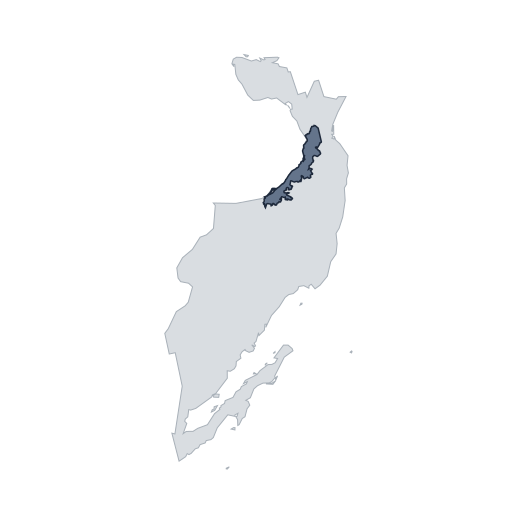 Mexico, with Veracruz highlighted, rotated 254°
{"feature_id": "MEX-2734", "entity_name": "Veracruz", "entity_type": "State", "adm_level": 1, "iso_a3": "MEX", "parent_name": "Mexico", "parent_adm1": "", "projection": "albers", "projection_center": [-96.92, 19.815], "detail": "fine", "context": "in_parent", "style": "filled", "palette": "slate", "viewbox_px": 512, "rotation_deg": 254, "n_neighbors": 0, "source": "natural_earth", "source_scale": "10m", "svg_char_len": 9570}
<svg xmlns="http://www.w3.org/2000/svg" viewBox="0 0 512 512"><g transform="rotate(254 256 256)"><path d="M80.0,125.5L108.9,126.3L107.3,129.0L151.2,149.2L185.3,151.7L185.7,145.6L206.8,147.0L210.3,151.6L224.5,164.1L227.6,174.1L230.2,178.1L243.8,186.5L248.4,183.7L252.1,176.5L256.3,175.0L266.4,176.6L274.6,184.9L279.9,196.7L289.5,207.5L290.0,214.3L294.2,222.7L315.8,230.8L318.7,229.6L312.1,251.2L309.7,277.2L310.7,282.8L316.4,290.3L315.2,294.3L315.6,290.2L310.8,283.9L312.3,289.7L318.1,302.0L327.6,313.7L329.8,321.0L336.5,328.4L334.6,328.2L338.5,330.0L337.2,328.9L344.3,329.8L349.4,332.3L353.9,337.1L365.7,333.2L374.5,332.5L380.2,329.5L386.3,328.8L387.6,329.8L387.2,331.3L392.2,332.2L395.5,329.7L394.5,325.9L392.9,326.9L393.3,326.1L402.2,319.4L402.6,314.2L405.1,311.1L404.8,302.6L406.3,296.3L413.0,292.4L425.0,289.9L430.2,287.5L436.1,286.7L446.0,288.4L446.7,286.9L444.1,287.0L447.4,285.8L451.5,288.4L452.4,292.1L450.7,297.2L444.7,305.3L444.7,310.4L441.7,313.7L442.3,314.8L445.2,314.2L442.3,317.6L442.4,318.9L444.4,318.4L441.2,331.4L440.2,332.7L438.0,329.9L437.3,325.0L434.6,330.2L431.7,330.7L428.3,337.5L424.0,337.7L423.7,339.8L399.6,340.8L399.9,348.6L394.4,348.7L407.9,360.2L407.7,364.6L390.5,365.2L384.6,376.4L386.4,379.1L384.5,386.5L371.7,374.3L361.5,366.2L355.4,363.1L354.7,363.9L360.4,366.7L351.6,364.3L352.1,362.3L349.8,363.1L348.4,361.3L346.8,363.3L349.7,364.2L345.3,364.7L340.9,367.5L327.0,372.1L318.0,368.5L310.4,367.7L305.3,364.4L300.2,363.0L297.1,359.7L284.8,357.0L269.6,350.1L259.8,343.6L255.7,339.2L245.5,337.4L235.9,333.5L230.0,326.3L216.9,319.0L210.3,309.5L208.2,303.7L213.6,301.3L212.8,298.8L210.5,297.9L214.3,293.8L214.9,288.7L212.1,286.8L209.6,281.5L209.9,276.9L208.2,272.6L200.8,264.3L194.6,254.5L184.7,245.7L187.6,247.4L187.9,245.7L182.4,243.6L178.7,236.9L181.6,237.3L173.8,232.4L172.8,230.2L169.7,230.8L169.3,229.8L171.8,227.4L167.7,229.1L165.5,227.1L165.3,222.8L168.4,219.3L169.4,220.1L167.7,216.1L165.3,213.5L161.9,213.3L160.0,208.0L155.9,206.5L153.6,204.1L152.3,199.5L153.6,196.7L146.4,194.7L134.9,179.3L134.5,175.8L132.7,174.5L126.1,156.1L125.9,150.7L126.9,149.0L120.2,146.1L118.8,143.1L116.7,141.9L114.1,143.3L105.3,137.0L106.6,140.6L104.8,147.1L106.4,152.6L107.2,162.8L115.9,172.7L118.5,179.0L119.9,178.8L120.5,180.7L121.9,181.1L122.9,185.1L125.5,186.5L126.4,194.9L131.0,199.4L132.3,204.2L134.5,205.9L135.7,211.5L137.6,213.0L136.8,208.8L139.4,211.4L141.8,224.3L144.7,228.2L148.3,237.6L147.4,241.4L148.1,244.9L151.5,248.5L153.1,245.2L162.8,257.9L161.5,262.3L157.1,265.2L154.7,265.4L151.0,255.3L135.4,240.8L133.9,240.9L130.9,236.5L130.4,233.6L131.9,227.6L130.9,221.7L128.8,217.3L121.3,211.5L120.1,206.4L118.4,208.4L114.3,208.9L111.6,205.3L104.5,201.1L103.6,198.0L98.5,193.3L98.1,191.8L103.8,193.2L107.2,192.3L107.1,193.6L109.8,195.3L109.0,191.9L107.7,191.5L111.1,185.1L101.5,171.4L93.2,164.9L91.9,162.0L92.3,157.3L90.3,155.6L90.1,150.3L87.5,147.7L87.4,144.5L84.1,139.2L83.6,136.8L85.0,135.4L82.5,133.1L80.0,125.5ZM134.4,179.4L133.2,182.5L130.4,181.2L132.0,176.4L133.7,176.1L134.4,179.4ZM122.8,177.7L119.0,173.8L118.3,170.1L120.2,171.5L120.5,173.5L122.6,174.2L122.8,177.7ZM450.9,303.9L449.8,302.9L450.2,301.4L452.9,300.0L450.9,303.9ZM130.7,240.5L128.0,236.9L130.3,230.3L129.3,236.3L130.7,240.5ZM96.8,188.5L94.6,187.8L96.5,184.4L97.2,187.1L96.8,188.5ZM60.7,172.2L59.1,169.7L59.6,168.7L60.2,168.9L60.7,172.2ZM133.2,240.9L134.8,243.7L131.2,240.8L133.2,240.9ZM198.3,286.2L197.9,287.3L197.0,286.8L196.6,284.8L198.3,286.2ZM149.6,235.3L150.2,237.4L148.4,234.6L149.6,235.3ZM143.4,221.0L144.5,222.0L142.7,223.7L143.4,221.0ZM138.4,321.8L137.6,322.0L136.5,321.1L137.6,320.0L138.4,321.8ZM390.5,328.7L388.4,329.3L392.0,328.0L390.5,328.7ZM158.8,247.9L157.8,247.6L157.7,245.6L158.8,247.9Z" fill="#d9dde1" stroke="#a8b0b8" stroke-width="1"/><path d="M310.5,280.5L310.6,282.4L310.7,282.9L312.7,286.5L314.0,288.1L315.0,288.9L315.2,289.1L316.1,289.7L316.4,290.3L316.4,290.9L316.0,292.3L315.4,293.4L315.2,294.3L314.9,293.3L314.4,292.0L315.1,291.5L315.3,291.4L315.5,291.5L315.7,291.1L315.7,290.6L315.6,290.4L314.2,289.3L314.0,288.9L313.4,288.2L312.8,287.3L312.5,287.1L312.0,285.5L311.7,285.3L310.5,282.9L310.5,283.2L311.3,284.9L311.4,286.6L311.7,287.5L311.8,288.7L312.0,289.3L313.1,291.1L313.3,291.4L313.7,291.5L314.1,291.3L314.0,292.3L314.1,292.5L315.0,294.5L315.3,294.7L315.4,295.2L316.1,297.3L317.9,300.7L318.2,301.4L317.9,301.7L318.5,303.0L320.0,304.8L321.3,305.7L321.5,306.3L321.6,306.5L322.9,307.9L323.9,308.9L324.2,309.4L324.7,309.7L325.1,310.5L326.0,311.6L326.9,312.9L327.6,313.7L328.2,315.5L328.4,316.7L328.8,318.3L329.4,319.1L329.5,319.4L329.3,319.7L329.4,319.9L329.7,321.2L329.9,321.4L331.5,322.6L331.8,322.5L332.4,324.2L332.7,324.7L333.0,324.8L333.8,324.9L334.3,326.6L334.8,327.4L335.6,328.0L336.4,328.2L336.8,328.5L336.8,329.0L335.9,328.3L335.1,328.1L334.7,327.6L334.4,327.6L334.1,327.7L334.4,328.0L335.1,328.3L335.2,328.5L336.1,329.2L336.1,329.3L335.9,329.3L335.3,329.1L335.2,329.2L335.4,329.6L335.5,329.7L335.9,329.6L336.2,329.5L336.3,329.3L336.5,329.3L338.2,329.7L339.0,330.3L339.2,330.1L338.7,329.8L337.8,329.5L337.1,329.1L337.1,328.5L338.0,329.2L339.0,329.6L340.2,329.7L344.2,329.7L346.0,331.0L346.4,331.7L346.7,331.8L349.2,332.2L349.5,332.4L350.4,334.2L351.6,335.5L352.3,336.8L352.8,337.1L353.8,337.4L354.8,337.2L355.3,337.0L357.2,336.7L358.1,336.4L358.3,337.0L358.6,337.1L358.7,337.8L358.9,338.1L358.7,338.3L359.0,338.6L359.0,339.1L359.3,339.4L359.0,340.0L359.0,340.9L359.2,341.1L359.5,341.1L359.7,341.4L360.4,341.6L360.7,341.9L360.8,342.6L361.3,342.8L361.8,342.8L362.0,343.3L362.8,343.4L363.5,343.8L363.9,344.3L364.4,344.9L365.0,345.2L365.1,345.5L364.8,347.2L364.9,347.5L365.1,347.6L365.5,347.8L365.1,348.6L364.9,348.9L361.8,351.0L347.7,350.3L347.3,350.0L347.0,349.1L347.2,348.9L347.1,348.6L346.9,348.3L345.9,347.9L343.5,345.3L343.7,344.6L344.1,344.4L344.2,343.5L344.1,343.2L343.7,343.2L343.6,343.3L343.7,343.6L343.2,343.4L342.8,344.0L342.1,344.2L342.0,344.5L341.2,344.6L340.9,344.7L340.6,345.2L340.2,345.3L339.5,345.7L339.5,346.0L339.1,346.0L338.9,346.2L338.1,346.1L337.3,346.4L336.7,346.3L336.3,346.0L334.9,342.9L334.8,342.6L335.0,342.0L336.0,340.9L336.3,340.3L336.6,339.6L336.0,338.3L335.8,337.9L334.1,337.3L333.7,337.4L332.5,337.2L332.2,337.6L331.8,337.6L331.5,337.5L331.4,337.4L331.4,337.1L330.9,337.0L330.6,336.8L330.3,335.7L330.2,335.5L329.9,335.1L329.3,334.7L328.9,334.2L328.6,333.7L328.2,332.1L328.0,331.9L327.7,331.8L326.2,331.4L325.8,331.1L324.9,330.4L325.2,331.7L325.3,332.2L325.1,332.6L324.9,333.0L324.0,333.9L323.3,333.0L323.2,332.3L323.1,332.0L320.8,332.5L319.9,333.0L319.7,332.9L319.3,333.0L319.2,332.9L319.0,332.7L319.3,332.0L319.2,331.8L318.9,331.4L318.8,330.9L318.7,330.6L318.0,330.4L317.7,330.3L316.9,330.5L316.5,330.3L316.2,329.6L316.0,328.8L316.1,328.4L316.6,328.0L316.8,327.6L317.5,327.3L317.0,324.3L316.9,323.9L317.0,323.6L317.6,323.4L318.3,323.1L319.1,323.3L319.4,322.9L319.7,322.9L320.0,322.8L320.7,321.9L320.6,321.7L319.8,321.4L319.6,321.4L319.0,321.6L318.3,321.3L317.8,321.2L317.5,321.1L317.0,320.2L316.3,320.4L316.0,320.0L315.4,319.9L315.2,319.6L315.3,319.5L316.0,319.5L316.2,319.3L316.3,319.1L316.2,318.9L315.8,318.5L315.8,318.2L315.4,317.8L315.5,316.8L315.6,316.6L315.9,316.6L316.3,316.2L316.5,315.4L316.6,314.6L316.5,313.4L317.2,312.2L318.5,310.8L318.7,310.2L318.5,309.9L317.4,309.5L316.6,309.1L315.5,308.4L315.3,308.3L314.4,308.6L314.1,309.2L313.7,309.7L313.4,310.1L313.0,310.3L312.8,310.1L312.6,309.3L312.4,309.3L311.7,309.4L311.2,308.6L310.4,308.1L310.4,307.9L310.6,307.3L310.5,307.0L310.5,306.4L310.4,306.0L310.5,305.8L311.1,305.8L311.5,305.5L312.0,306.1L312.4,306.1L313.3,304.9L313.2,304.6L312.9,303.9L312.1,303.5L311.4,303.6L311.1,303.5L311.2,303.3L311.4,303.0L310.9,302.0L310.9,301.1L310.4,300.6L309.6,300.6L309.2,300.5L308.9,300.7L308.9,301.4L308.5,301.6L308.4,301.8L308.3,302.3L308.0,302.5L308.2,303.0L308.2,304.0L308.0,304.7L307.5,305.2L307.2,304.6L307.2,304.4L307.5,303.9L307.5,303.6L307.3,303.3L307.3,302.7L307.1,302.6L306.8,302.6L306.5,302.2L306.1,302.4L305.7,302.8L304.9,303.8L303.2,305.8L302.6,305.4L302.5,305.6L302.2,306.2L301.9,306.7L301.4,306.9L301.0,306.8L300.6,305.9L300.2,305.3L300.1,305.0L300.6,304.5L300.8,303.5L301.0,303.2L301.9,302.5L302.1,302.0L302.2,301.5L301.5,301.7L301.3,301.7L301.2,301.6L301.2,301.4L301.3,301.2L302.1,300.9L302.2,300.4L302.0,300.0L302.1,299.8L302.5,299.7L302.8,299.8L304.2,300.4L304.6,300.4L304.5,299.3L304.6,298.9L305.4,297.8L305.6,297.7L305.9,297.0L305.8,296.9L305.5,296.7L305.4,296.5L305.1,296.3L304.9,295.9L304.4,296.3L304.0,296.3L303.9,296.0L304.2,295.3L304.1,294.7L303.9,294.6L303.8,295.1L303.6,295.4L303.0,295.9L302.8,295.9L302.3,295.6L301.7,294.8L301.3,294.6L301.2,294.4L301.3,294.0L301.9,293.1L301.0,292.5L301.0,291.4L300.8,290.7L299.7,290.1L299.4,289.6L299.6,289.3L299.5,288.9L299.6,288.5L299.8,288.3L300.3,288.4L300.5,288.2L300.4,288.1L300.5,287.9L300.9,287.9L301.0,287.8L301.5,287.5L301.8,287.0L301.8,286.8L301.4,286.7L301.4,286.2L300.8,286.2L300.4,285.8L300.4,285.5L300.7,285.4L300.6,285.1L300.9,284.8L300.9,284.7L300.3,284.9L300.1,284.8L300.1,284.4L300.8,284.5L301.0,284.4L301.5,284.5L301.7,284.4L301.9,284.4L302.2,283.6L303.0,282.1L303.2,281.5L303.2,281.1L303.1,280.8L302.9,280.5L299.8,278.4L301.1,278.1L301.7,278.2L301.9,278.3L302.1,278.2L302.6,278.5L302.9,278.3L303.0,278.6L303.7,278.7L303.9,278.6L304.0,277.7L304.5,277.8L305.2,277.6L305.4,277.7L305.6,278.3L306.5,279.1L308.2,279.4L308.9,279.8L309.0,280.0L308.8,280.3L308.8,280.5L309.4,281.2L309.6,281.2L309.8,280.9L310.5,280.5ZM312.1,287.2L312.8,287.7L312.7,287.8L312.3,287.8L312.0,287.3L311.8,286.7L311.7,286.1L311.9,286.3L312.1,287.2Z" fill="#64748b" stroke="#1e293b" stroke-width="1.5"/></g></svg>